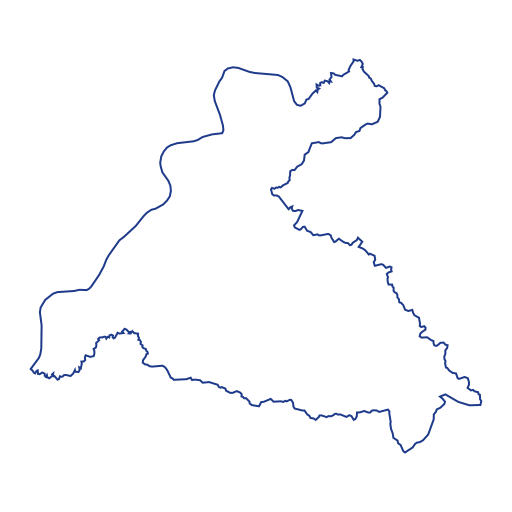 outline of São Borja, Rio Grande do Sul, Brazil
{"feature_id": "56859067B95150406275386", "entity_name": "São Borja", "entity_type": "district", "adm_level": 2, "iso_a3": "BRA", "parent_name": "Brazil", "parent_adm1": "Rio Grande do Sul", "projection": "natural_earth1", "projection_center": [-55.782, -28.711], "detail": "fine", "context": "isolated", "style": "outline", "palette": "blue", "viewbox_px": 512, "rotation_deg": 0, "n_neighbors": 0, "source": "geoboundaries", "source_scale": "gbopen_adm2", "svg_char_len": 5992}
<svg xmlns="http://www.w3.org/2000/svg" viewBox="0 0 512 512"><path d="M306.4,99.6L304.8,103.4L300.6,105.8L296.9,104.8L294.1,101.1L290.4,87.2L287.7,81.3L282.4,77.0L277.9,75.0L254.8,73.0L249.5,71.9L238.2,67.9L232.9,67.3L227.8,68.5L224.5,71.0L222.0,77.9L219.5,81.2L215.0,90.4L213.8,95.2L214.8,101.1L220.0,114.9L222.9,125.4L223.4,130.2L222.2,133.2L212.0,134.4L202.6,137.0L197.7,140.0L193.6,141.3L177.1,143.2L170.6,145.3L166.9,147.6L163.8,151.4L161.3,156.3L160.2,162.7L160.7,166.5L162.4,172.4L168.3,180.7L170.4,185.7L170.9,190.9L169.8,196.4L167.2,200.3L163.3,204.4L155.5,208.7L151.3,209.8L146.9,212.7L143.6,216.1L135.7,226.0L124.0,236.8L119.4,240.3L108.9,255.1L106.3,259.7L103.7,266.5L99.1,275.0L91.5,286.2L89.3,288.6L86.7,290.1L79.5,289.8L74.0,291.0L57.5,292.1L53.0,293.7L45.2,299.9L40.6,307.6L39.9,312.3L41.6,325.2L41.3,348.4L40.3,354.3L38.9,357.9L30.7,369.0L33.0,371.1L33.7,372.5L35.1,373.4L36.5,371.0L37.7,370.4L38.1,374.0L39.7,374.2L42.2,372.5L44.6,373.6L44.8,375.9L46.0,377.0L46.9,375.2L47.4,377.3L49.2,378.3L52.9,375.5L54.4,376.0L57.6,379.7L59.1,378.9L59.9,376.3L61.4,376.8L62.8,376.4L63.9,375.2L65.5,374.9L70.6,376.0L73.2,373.5L74.9,370.1L75.2,371.7L78.5,372.0L79.6,370.1L79.3,367.4L80.8,368.4L81.8,363.6L81.4,361.6L83.8,361.4L85.2,360.0L84.9,357.2L85.7,355.3L90.3,356.9L93.7,356.1L94.4,353.6L94.3,350.6L93.6,349.0L95.9,347.5L96.4,345.1L96.1,343.1L99.1,340.2L98.1,339.0L99.6,337.5L102.8,337.3L104.3,336.6L105.6,337.0L106.3,338.6L107.7,336.8L109.2,337.4L109.6,335.3L111.5,334.7L113.0,335.5L112.6,337.3L113.8,338.4L115.0,337.6L117.6,332.8L119.5,333.6L123.4,333.0L122.1,331.7L124.6,328.8L126.6,329.7L128.7,332.0L132.9,331.7L134.1,333.1L138.1,333.7L137.9,335.8L139.0,338.0L138.4,339.8L139.8,340.0L140.9,341.8L140.5,343.9L142.6,345.4L142.3,346.9L143.5,348.2L145.7,348.9L146.2,350.6L147.6,352.1L147.8,353.7L146.5,354.1L145.6,356.7L143.0,360.2L142.8,362.7L144.9,364.3L147.6,364.8L149.4,366.2L152.2,366.6L162.5,365.7L165.0,367.2L167.3,370.3L170.8,377.7L172.5,378.4L173.7,379.8L186.4,379.2L190.7,377.7L192.0,380.0L195.2,379.6L200.2,380.3L202.7,382.7L209.1,382.1L217.6,384.7L218.9,387.0L220.6,387.7L221.8,387.1L225.4,388.6L226.1,390.7L230.1,392.8L232.5,392.9L236.8,391.1L240.4,392.7L241.7,394.3L241.5,396.5L243.1,397.0L244.1,398.3L246.0,398.2L249.4,401.5L249.7,403.5L251.9,405.1L259.0,406.3L261.2,402.1L263.8,401.8L270.7,398.9L273.6,401.7L280.7,401.3L283.3,401.9L285.3,400.8L286.6,401.4L289.9,399.8L291.2,399.9L293.0,402.7L293.5,406.7L294.6,408.5L302.4,410.5L304.5,410.5L307.4,414.6L309.3,415.7L310.5,418.0L313.5,418.4L315.7,419.9L318.9,416.9L319.5,415.5L321.5,415.4L326.6,417.1L328.5,416.1L330.9,416.3L333.4,415.2L334.7,414.0L336.2,413.7L337.9,414.6L340.2,414.4L346.4,416.9L349.4,415.2L351.5,416.2L353.7,419.8L355.4,419.0L356.8,416.3L357.0,412.5L359.7,412.4L364.3,411.0L368.5,412.6L370.4,412.4L371.6,410.8L373.2,410.3L376.5,410.4L379.2,411.9L388.0,409.6L389.4,411.4L389.3,413.4L390.7,422.1L390.3,423.6L391.0,428.8L392.7,433.4L393.4,437.9L397.5,440.5L398.2,443.3L400.6,445.0L403.2,451.0L405.0,452.5L412.7,447.4L415.0,444.0L416.7,442.7L419.9,442.1L423.1,440.2L428.2,434.5L433.7,419.4L433.8,414.5L436.1,411.5L436.7,409.5L440.4,407.7L444.3,404.0L445.0,401.7L442.6,398.7L440.0,396.6L445.4,394.4L458.3,401.9L469.4,405.3L480.4,405.0L481.3,401.1L480.1,399.3L479.9,394.8L478.6,394.3L478.1,392.2L474.5,391.3L473.1,389.9L471.0,390.4L467.6,387.9L469.0,384.5L468.9,381.7L467.8,378.2L464.6,377.0L458.9,378.9L457.6,378.0L456.0,373.4L452.6,372.9L449.3,370.6L447.2,367.9L445.9,367.5L445.1,363.1L445.5,361.0L444.4,359.0L444.3,356.7L445.4,353.6L445.3,350.4L447.1,348.1L447.6,345.2L445.4,344.7L443.7,342.6L440.4,342.8L437.2,345.6L435.3,345.8L434.2,345.1L433.6,343.5L433.4,340.9L431.4,340.3L427.2,337.3L421.5,337.6L419.7,336.3L420.2,333.9L421.7,332.2L425.5,329.6L425.5,327.6L424.2,326.2L421.3,327.0L419.8,326.1L420.0,323.5L419.0,317.8L414.4,315.2L413.1,312.8L412.3,309.9L408.3,311.0L405.0,309.6L403.3,305.2L401.2,302.9L399.3,302.3L398.9,299.2L397.4,297.3L397.3,294.9L396.6,293.2L394.8,292.4L393.6,290.9L393.6,287.7L392.4,286.3L392.1,284.6L388.6,284.5L387.8,282.2L387.5,278.7L388.0,277.3L386.8,274.0L388.4,272.5L391.6,271.4L391.1,269.6L391.5,267.3L389.8,266.5L386.0,267.9L383.2,264.8L381.3,264.2L374.8,265.8L373.7,262.1L375.2,259.8L374.6,255.8L369.9,253.7L368.8,254.5L365.4,250.4L363.1,248.7L358.7,246.9L362.3,241.7L357.9,237.7L356.9,240.0L352.8,242.7L351.5,244.7L349.9,245.2L348.0,243.1L345.3,242.8L343.5,242.0L338.8,238.7L335.5,241.6L334.2,242.1L331.4,237.6L330.7,235.3L328.2,233.9L320.6,235.4L319.0,235.4L317.6,234.4L313.3,235.2L310.7,232.1L307.2,230.8L304.6,226.7L302.9,226.9L300.9,229.2L299.5,229.9L294.8,227.4L294.0,225.4L297.1,222.1L302.4,210.9L298.2,210.0L295.3,211.1L292.9,210.8L291.6,208.3L292.2,206.5L290.3,207.3L288.6,209.2L278.8,196.5L277.1,195.6L273.8,195.4L272.3,194.3L271.0,189.4L272.0,187.9L274.3,188.8L276.2,187.5L277.7,187.8L279.2,186.8L280.7,187.4L283.2,185.2L287.7,183.0L288.2,181.6L289.7,180.1L289.4,177.9L290.1,175.1L290.2,171.3L292.3,169.9L294.5,170.1L297.3,166.6L301.7,164.2L304.0,160.5L304.7,154.6L308.3,152.2L311.8,143.3L318.9,142.1L320.8,143.2L322.5,143.4L331.1,142.2L335.9,138.1L341.6,137.3L345.1,138.2L350.6,138.1L354.1,135.0L356.1,132.0L359.4,131.0L360.5,128.0L366.2,124.1L367.7,123.6L371.9,124.3L377.7,121.8L380.0,116.8L380.5,106.8L379.5,103.9L379.5,99.2L382.5,97.7L387.3,92.8L386.5,91.2L385.1,90.2L384.3,88.3L378.7,85.2L376.7,86.3L374.7,85.9L374.1,83.8L371.7,80.7L370.8,78.6L369.1,77.5L368.7,76.0L364.0,71.7L363.1,70.2L362.4,68.6L362.8,67.2L361.4,67.1L362.8,64.0L361.6,61.6L359.8,59.9L357.7,60.8L353.5,59.5L353.6,61.4L350.7,65.5L348.6,69.9L349.1,71.4L343.4,74.8L342.0,76.3L335.1,74.8L333.7,73.4L331.0,73.0L331.5,77.0L329.6,79.4L331.0,81.6L329.4,81.4L329.1,83.0L327.6,81.3L324.8,80.6L323.7,82.9L321.5,82.2L320.1,83.1L320.3,85.4L318.7,85.7L316.6,84.5L316.8,87.7L319.1,88.6L317.6,89.8L317.3,92.0L315.9,90.4L312.3,93.8L308.6,99.0L306.4,99.6ZM52.9,375.5L52.0,374.5L53.2,373.4L52.9,375.5ZM131.2,332.0L129.3,333.4L130.7,333.5L131.2,332.0Z" fill="none" stroke="#1e3a8a" stroke-width="2"/></svg>